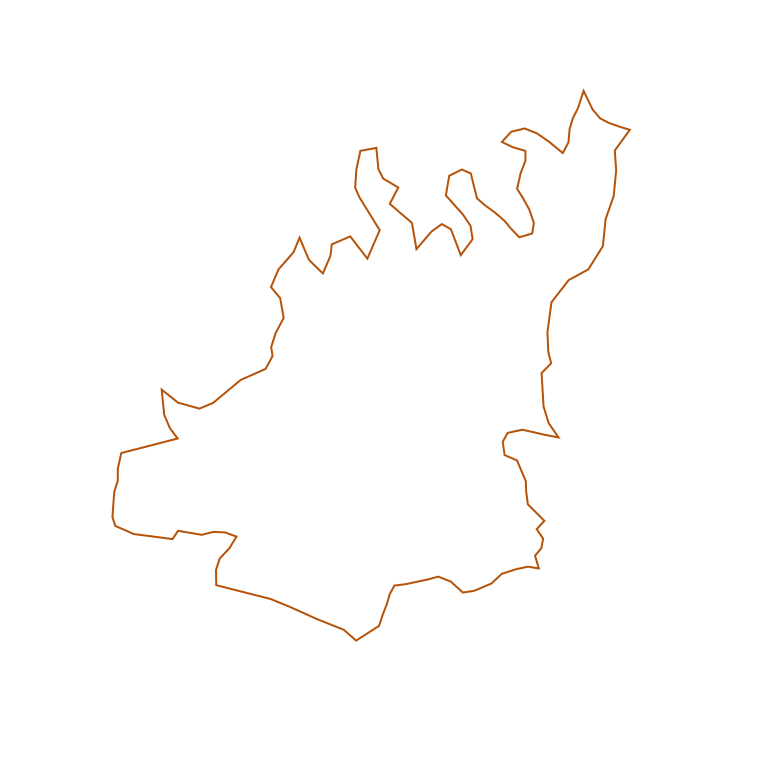 outline of Braga, Rio Grande do Sul, Brazil, rotated 78°
{"feature_id": "56859067B42324023180319", "entity_name": "Braga", "entity_type": "district", "adm_level": 2, "iso_a3": "BRA", "parent_name": "Brazil", "parent_adm1": "Rio Grande do Sul", "projection": "albers", "projection_center": [-53.757, -27.581], "detail": "fine", "context": "isolated", "style": "outline", "palette": "amber", "viewbox_px": 768, "rotation_deg": 78, "n_neighbors": 0, "source": "geoboundaries", "source_scale": "gbopen_adm2", "svg_char_len": 1975}
<svg xmlns="http://www.w3.org/2000/svg" viewBox="0 0 768 768"><g transform="rotate(78 384 384)"><path d="M186.0,371.4L196.4,369.2L232.6,356.2L257.9,374.2L232.6,386.3L236.6,406.1L247.3,409.6L263.2,420.8L247.0,431.6L223.4,436.2L236.2,445.0L250.0,463.4L265.7,474.4L278.4,467.7L298.5,468.4L311.9,479.6L324.5,486.7L333.5,487.2L344.6,496.7L350.2,523.3L366.9,555.0L369.7,569.7L359.4,589.4L343.3,602.6L368.4,605.4L382.7,602.6L394.4,597.2L396.9,655.3L411.5,662.0L423.5,664.6L433.3,670.2L446.5,674.1L457.8,677.3L467.0,676.3L478.8,659.8L491.7,623.1L484.8,616.0L493.6,593.7L493.2,581.6L496.1,570.4L502.6,560.0L512.4,569.3L520.6,581.0L530.9,587.0L545.9,589.9L570.8,539.5L582.1,522.9L599.7,498.9L607.8,486.8L616.0,474.5L629.2,464.6L619.5,439.1L609.7,433.4L599.8,426.9L590.6,422.0L583.3,415.7L584.3,404.7L584.3,394.5L584.3,381.8L583.7,371.0L591.2,359.7L604.4,350.2L605.0,338.6L601.5,320.4L594.1,308.1L592.6,292.7L592.6,281.1L596.6,270.9L583.4,272.0L577.2,264.2L568.4,260.5L557.7,264.8L551.2,255.6L531.6,268.3L518.2,267.2L508.5,265.5L486.4,269.8L478.6,280.8L465.2,279.9L457.5,273.2L457.5,258.1L466.7,238.2L472.6,224.4L456.4,231.1L439.1,232.6L406.1,227.6L398.5,216.2L386.6,216.6L367.4,213.4L338.9,203.2L331.0,193.9L320.7,181.6L314.4,160.4L294.6,141.2L268.9,133.0L247.8,120.2L223.3,112.5L203.6,109.7L186.5,90.7L181.5,99.7L175.6,109.5L169.3,117.2L158.9,122.9L138.8,127.8L154.5,136.9L163.3,144.0L173.1,149.4L185.9,153.3L195.3,161.1L181.5,172.1L170.6,182.3L163.3,193.3L163.7,207.1L171.8,218.4L179.1,208.9L185.4,197.2L195.2,199.3L206.5,206.7L220.8,213.2L229.7,209.9L243.5,205.6L257.6,203.9L267.6,207.8L268.6,221.2L258.2,227.6L249.4,232.2L239.6,239.7L229.3,248.8L221.8,254.4L208.6,254.9L196.1,255.3L190.4,263.3L193.9,276.9L212.4,284.3L234.7,271.5L247.3,266.5L260.7,267.2L273.9,282.1L246.5,286.4L239.6,294.2L244.8,305.9L258.8,324.2L232.2,323.2L209.0,340.9L194.8,329.2L183.0,342.0L172.8,344.8L151.5,342.4L151.0,358.6L168.4,366.4L186.0,371.4Z" fill="none" stroke="#b45309" stroke-width="2"/></g></svg>